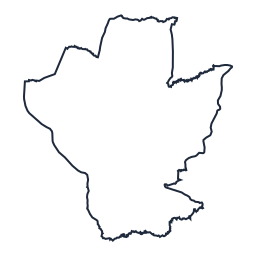 outline of Thung Si Udom, Ubon Ratchathani, Thailand
{"feature_id": "78962969B14967279450618", "entity_name": "Thung Si Udom", "entity_type": "district", "adm_level": 2, "iso_a3": "THA", "parent_name": "Thailand", "parent_adm1": "Ubon Ratchathani", "projection": "robinson", "projection_center": [104.937, 14.739], "detail": "fine", "context": "isolated", "style": "outline", "palette": "slate", "viewbox_px": 256, "rotation_deg": 0, "n_neighbors": 0, "source": "geoboundaries", "source_scale": "gbopen_adm2", "svg_char_len": 5797}
<svg xmlns="http://www.w3.org/2000/svg" viewBox="0 0 256 256"><path d="M46.2,126.9L50.0,128.8L51.9,131.3L52.3,133.0L52.6,140.9L52.9,142.2L54.4,145.4L59.0,152.3L64.9,157.4L72.5,165.8L78.0,170.5L81.2,172.3L85.0,173.0L87.2,174.8L88.1,179.7L87.4,183.9L87.6,186.1L87.1,187.1L87.8,187.5L88.7,191.0L87.4,194.0L87.0,197.2L87.5,199.5L87.6,201.7L87.4,202.5L87.7,205.8L87.4,207.2L87.6,207.3L87.2,208.7L87.7,209.0L90.0,214.0L92.3,217.4L96.8,220.2L97.6,221.2L97.8,224.3L98.3,224.5L99.0,226.2L99.6,226.7L99.3,228.2L101.0,229.3L101.4,230.4L102.1,231.1L102.1,232.5L102.7,233.4L102.1,233.7L101.5,236.2L102.4,236.8L103.0,238.2L104.3,238.2L105.5,238.9L109.5,238.2L109.8,238.4L110.1,239.6L110.9,238.8L112.8,240.6L114.8,238.7L116.3,238.4L117.0,237.6L118.9,237.7L120.0,236.5L120.7,236.8L121.4,234.8L122.9,234.8L123.2,234.1L123.9,234.1L124.2,234.4L124.1,234.8L123.5,234.8L123.6,235.4L122.9,235.7L122.9,236.1L123.6,236.5L126.3,237.0L126.5,236.6L127.5,236.5L127.6,236.2L127.5,235.9L126.3,235.8L126.5,235.1L127.2,234.9L127.5,235.7L127.9,235.8L128.6,233.9L129.0,233.4L129.5,233.2L130.2,233.8L130.7,233.8L131.8,231.1L133.0,231.8L133.3,231.3L133.7,231.3L134.5,232.0L135.8,231.2L136.4,232.1L138.7,232.9L139.3,232.9L140.4,232.0L140.6,232.3L140.7,234.0L141.7,234.2L142.3,233.8L142.0,232.9L145.9,232.8L145.9,232.3L144.7,231.2L145.4,230.8L146.0,231.6L147.7,232.5L149.9,232.2L152.2,234.2L153.3,234.0L153.4,235.0L154.2,235.4L156.1,235.5L157.5,236.0L158.7,235.5L159.9,236.9L162.6,235.3L163.5,236.1L164.4,236.1L165.8,235.2L166.0,233.5L166.8,233.4L167.3,233.9L167.7,233.8L168.3,232.9L168.1,232.1L169.1,232.2L169.4,231.1L169.8,231.4L170.4,230.9L170.0,229.0L170.3,228.3L169.9,227.8L170.4,226.8L169.7,225.5L169.6,222.0L170.4,221.6L171.0,222.4L171.3,222.4L170.8,220.7L171.2,220.4L172.3,220.5L172.2,218.8L172.9,218.7L173.3,218.1L174.8,217.8L176.1,218.4L176.2,219.2L176.6,219.5L177.2,217.8L178.6,217.9L179.2,217.3L179.9,218.9L181.5,219.6L182.6,219.2L182.7,218.5L184.1,218.3L185.5,219.1L186.1,219.1L186.4,218.8L188.0,218.2L188.8,217.2L190.3,218.8L190.2,217.3L190.0,216.9L189.6,217.0L189.4,216.2L191.0,215.7L192.9,213.4L193.8,211.8L194.0,209.3L194.8,209.2L194.9,210.3L195.3,210.4L196.1,211.5L196.4,210.8L197.0,211.1L197.6,210.7L198.2,209.3L200.0,207.4L200.7,207.3L200.9,207.9L201.5,207.8L202.3,208.4L203.0,208.1L202.5,207.2L201.9,206.9L202.3,205.3L202.6,205.1L202.5,203.6L201.8,202.5L199.6,203.0L198.8,202.1L195.3,201.8L193.8,200.6L191.8,200.2L190.5,199.3L189.4,197.0L187.3,195.6L184.8,194.5L181.6,192.4L166.1,187.5L165.1,186.6L164.6,184.9L164.8,184.4L165.3,184.3L166.5,184.4L167.5,185.6L173.6,183.7L174.1,183.4L175.2,183.8L175.9,183.2L176.4,181.9L178.7,180.5L180.5,179.9L178.0,178.9L178.3,172.0L177.9,170.9L178.4,170.5L178.7,170.6L179.2,169.9L180.3,170.2L180.5,170.8L180.8,170.5L181.1,170.7L181.3,170.0L181.7,169.9L182.7,170.4L183.6,169.8L183.8,170.1L185.6,169.7L185.9,170.3L186.3,170.2L185.9,168.2L185.5,168.1L185.4,164.0L185.0,162.2L185.8,160.3L188.5,158.2L191.6,156.9L194.9,156.3L196.5,155.5L199.1,152.8L203.0,153.2L203.6,153.0L204.3,152.1L204.6,147.4L203.4,141.3L203.5,139.9L206.2,137.6L209.9,135.5L210.5,134.9L211.7,131.6L210.7,127.6L211.5,123.5L216.7,113.5L217.3,110.7L218.2,110.0L219.4,109.7L220.2,108.8L220.1,106.8L218.0,103.8L217.9,100.4L220.5,95.9L221.8,90.0L221.8,86.9L221.5,83.9L221.7,78.4L223.4,75.1L228.5,70.9L230.4,68.5L231.9,67.3L232.0,66.4L230.1,65.5L227.1,65.0L224.7,65.0L220.9,65.6L219.4,66.2L214.2,66.0L213.5,65.3L213.0,66.0L213.7,67.5L213.5,69.6L212.6,69.7L212.5,69.3L211.2,69.0L210.9,69.9L210.3,69.3L209.8,69.8L209.3,69.7L209.0,70.7L207.4,71.3L207.1,71.8L206.1,71.5L205.7,72.2L204.7,71.6L203.3,73.2L201.4,73.6L201.2,72.8L200.4,72.7L199.2,74.1L199.1,74.8L199.6,75.3L199.1,76.3L198.6,76.8L198.2,76.2L197.4,76.1L197.1,77.9L196.1,76.9L195.3,78.1L194.1,77.8L193.7,78.6L193.0,78.4L192.0,78.7L192.2,79.4L191.8,80.4L191.1,79.3L190.9,80.0L190.1,79.7L189.8,80.3L189.1,80.4L188.1,79.8L187.5,80.8L187.8,81.4L187.2,81.6L186.7,81.3L186.2,80.2L184.9,81.0L184.6,81.6L184.2,81.2L183.9,79.9L180.8,80.4L180.7,80.0L181.5,79.6L181.0,78.8L180.0,79.5L179.9,80.3L179.0,79.6L178.4,79.7L178.3,81.3L177.7,80.9L177.1,81.0L177.2,81.9L176.2,81.9L176.0,82.6L175.1,81.7L174.5,82.2L173.9,82.0L174.0,82.8L173.0,82.7L173.1,84.1L172.9,84.8L171.0,85.7L171.0,86.6L170.5,86.3L170.2,86.8L168.9,86.7L168.5,85.9L168.4,84.2L167.1,83.0L168.0,82.1L168.8,80.3L170.7,77.8L171.6,77.3L172.3,76.1L171.9,73.1L172.8,67.4L172.9,51.5L172.4,39.1L171.8,34.3L170.6,29.5L171.9,24.2L174.4,24.6L174.8,23.4L174.8,22.3L175.2,21.2L176.1,21.3L176.7,20.7L176.5,19.2L177.0,19.0L177.1,18.0L175.9,17.8L175.1,18.2L174.4,17.9L174.4,17.4L172.4,17.3L171.3,18.1L169.1,18.5L169.0,19.1L168.6,19.0L168.4,19.4L166.9,18.9L165.5,21.1L163.4,22.0L163.2,21.5L162.6,21.5L162.4,21.1L160.3,21.1L159.0,21.6L158.2,20.9L157.8,21.0L157.8,19.8L156.8,19.5L156.4,19.0L156.4,18.6L155.2,18.5L152.9,17.4L151.8,17.7L151.3,16.9L150.0,17.5L149.9,17.9L147.2,18.1L144.4,19.7L143.4,19.7L142.1,18.8L140.6,20.6L139.2,21.1L138.4,20.1L137.5,19.7L135.5,19.4L133.0,20.0L129.1,19.4L127.1,18.4L126.3,18.6L123.3,18.1L122.9,17.3L121.9,16.5L121.9,15.8L121.2,15.4L117.6,16.6L114.0,18.7L110.1,18.8L109.4,19.4L108.5,21.3L107.9,23.2L105.6,28.2L104.9,31.9L102.1,37.9L100.2,46.7L99.7,50.3L97.9,57.3L96.4,57.0L96.3,56.5L95.4,55.6L94.2,55.7L92.9,54.5L93.1,53.8L92.7,53.4L91.7,53.4L90.9,52.2L90.5,52.2L90.5,51.5L87.6,50.4L87.1,49.4L85.9,49.4L85.2,48.9L84.6,49.2L82.8,49.1L81.8,48.7L81.1,48.0L80.0,48.7L79.3,48.6L79.1,48.2L78.4,48.4L78.2,48.1L77.8,48.1L77.7,47.3L76.4,47.3L76.3,46.8L75.8,46.9L74.7,46.0L74.2,46.9L72.0,46.7L71.4,46.4L70.6,46.8L69.1,46.8L68.5,47.6L67.4,48.2L67.3,48.7L65.8,47.8L54.8,74.1L44.3,77.9L39.3,80.9L36.6,80.6L36.2,81.3L35.3,81.0L35.4,80.6L32.3,79.9L31.0,80.5L29.0,80.0L28.9,81.3L24.9,81.4L24.0,96.4L24.1,99.1L25.5,106.0L27.5,110.7L29.3,113.2L41.7,124.1L46.2,126.9Z" fill="none" stroke="#1e293b" stroke-width="2"/></svg>